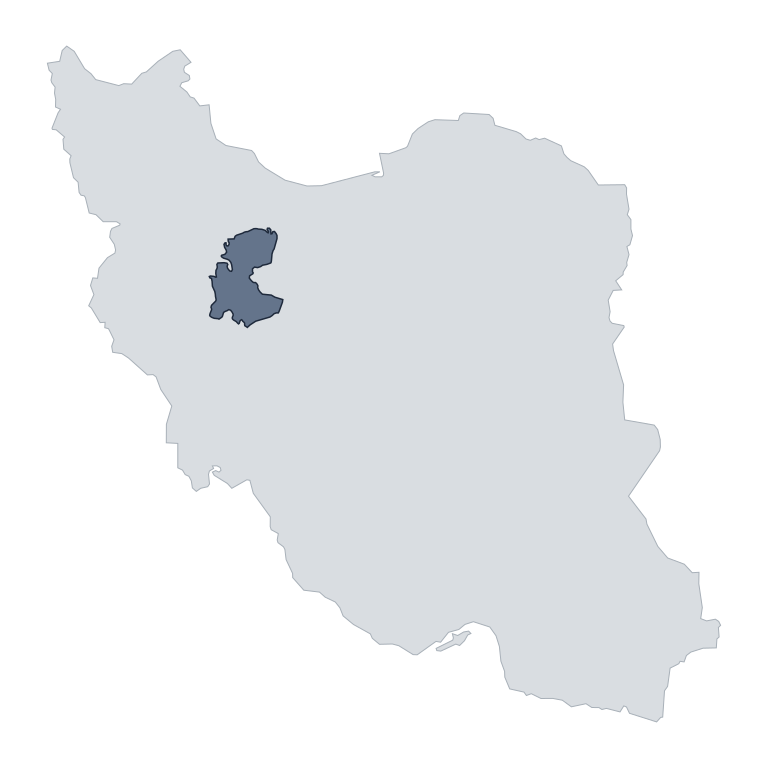 Markazi highlighted on a map of Iran
{"feature_id": "IRN-3231", "entity_name": "Markazi", "entity_type": "Province", "adm_level": 1, "iso_a3": "IRN", "parent_name": "Iran", "parent_adm1": "", "projection": "equal_earth", "projection_center": [49.809, 34.588], "detail": "fine", "context": "in_parent", "style": "filled", "palette": "slate", "viewbox_px": 768, "rotation_deg": 0, "n_neighbors": 0, "source": "natural_earth", "source_scale": "10m", "svg_char_len": 5734}
<svg xmlns="http://www.w3.org/2000/svg" viewBox="0 0 768 768"><path d="M379.5,153.3L388.9,153.8L405.9,147.7L407.5,146.3L412.4,134.0L418.2,128.4L428.3,121.8L434.9,119.7L458.3,120.5L459.9,115.6L463.7,113.0L489.1,114.5L493.1,118.3L494.9,125.3L516.2,131.6L520.6,133.8L526.0,139.0L530.3,140.3L535.7,138.0L539.1,139.6L544.6,138.2L561.4,145.9L563.9,153.8L567.0,157.4L570.8,160.7L584.2,166.8L588.2,170.4L598.3,185.0L624.7,184.7L626.6,187.9L626.5,194.2L629.0,209.2L627.3,214.7L630.9,219.6L630.9,229.0L632.5,235.6L629.9,244.7L626.9,246.5L629.0,254.6L626.7,262.5L627.1,265.5L623.2,272.1L623.1,274.6L615.7,280.8L621.7,289.9L613.2,290.4L608.2,300.1L610.1,311.7L609.0,317.6L610.0,321.0L612.2,323.3L623.8,325.6L624.2,327.1L612.6,344.0L613.5,350.6L623.6,384.9L622.9,402.2L624.7,419.9L654.2,425.1L657.7,429.6L660.2,439.5L660.4,447.0L659.6,450.7L628.5,496.2L646.0,519.0L646.9,524.1L657.8,546.4L667.7,558.0L684.3,564.2L692.2,572.7L699.0,572.3L698.8,583.7L702.3,607.6L700.7,618.6L706.6,620.9L715.4,619.2L718.7,621.4L720.6,625.3L718.4,627.5L719.1,637.0L716.9,639.0L716.3,647.9L703.0,648.2L690.8,652.1L686.4,655.5L684.1,661.9L680.0,661.3L678.8,663.7L670.1,668.1L667.6,686.4L664.5,690.8L662.7,717.1L660.7,717.4L656.6,721.9L629.5,713.3L626.5,707.0L623.8,705.9L620.0,711.9L606.4,708.4L601.9,709.5L599.0,707.6L591.8,707.5L586.0,703.7L571.4,706.8L562.3,700.2L552.7,698.4L541.0,698.5L531.3,693.7L526.4,695.5L524.0,692.1L509.7,688.9L504.8,677.1L504.6,671.3L500.9,661.2L499.4,646.5L496.0,635.7L489.8,627.0L473.4,621.7L465.0,624.4L458.8,629.5L448.5,632.3L440.6,642.2L436.0,641.4L417.2,654.8L413.1,654.6L398.8,645.7L392.4,644.0L379.5,644.3L372.3,638.3L370.4,633.9L353.5,624.5L343.1,615.9L339.9,607.8L335.3,602.0L325.2,597.2L319.5,592.1L303.8,590.2L292.7,577.6L292.6,573.4L286.1,559.6L284.9,549.5L283.5,546.8L278.0,542.7L277.2,540.0L278.3,533.6L271.2,529.7L270.2,526.6L270.3,516.8L253.3,493.3L249.9,480.3L246.8,479.8L231.8,488.3L227.4,483.5L214.2,475.3L212.4,472.1L215.7,470.6L219.0,472.1L221.0,470.3L220.2,467.5L216.9,465.8L212.4,465.9L213.6,468.5L209.4,471.0L208.5,474.3L209.5,484.0L207.7,486.7L200.7,488.3L196.3,491.4L192.4,487.9L191.3,480.8L188.9,476.3L185.2,474.6L182.5,470.1L177.8,467.8L177.8,443.4L166.3,442.8L166.4,424.3L171.8,406.0L160.8,389.5L156.1,376.9L153.1,374.6L147.4,374.9L128.5,358.0L121.8,353.6L112.7,352.3L111.7,346.3L114.0,339.8L109.8,331.2L108.5,328.7L104.8,327.7L105.1,322.3L100.2,322.6L91.3,307.9L88.7,305.8L93.9,294.6L90.5,285.5L92.8,277.9L97.5,278.3L99.0,268.1L107.5,257.6L114.9,253.1L115.6,250.0L114.3,244.3L109.7,237.3L110.5,231.3L112.0,228.4L119.7,225.2L120.1,223.9L116.5,221.7L103.2,221.7L96.0,214.7L89.2,213.0L85.4,197.6L84.2,195.8L81.0,195.2L79.1,192.4L78.1,182.2L73.5,177.7L69.9,162.7L69.8,159.0L71.1,155.7L63.8,149.2L63.0,139.3L64.6,137.0L56.2,129.8L52.4,129.4L52.0,128.2L58.1,112.8L60.5,109.3L55.5,107.0L55.7,99.4L54.5,93.1L55.1,87.1L51.8,82.7L51.0,80.1L52.3,73.5L49.1,70.2L47.4,63.2L59.7,61.3L62.2,50.5L66.7,46.1L74.2,51.3L84.6,68.7L91.0,73.7L95.7,79.6L118.8,85.6L123.7,83.7L131.7,84.1L141.8,73.3L146.4,71.9L158.2,61.2L172.8,51.3L180.2,49.8L191.0,62.3L184.8,66.1L183.7,69.2L184.4,72.3L189.3,75.5L189.9,79.0L188.2,80.8L181.8,82.7L179.9,86.3L186.9,92.0L190.2,96.9L194.0,98.1L199.8,105.9L209.1,104.8L210.9,123.4L216.1,138.9L225.9,145.5L251.6,150.5L254.4,153.5L258.6,162.0L265.2,168.1L285.1,180.2L307.0,186.0L321.5,185.7L374.9,171.8L379.9,171.8L371.9,175.3L375.0,176.8L381.8,176.8L383.4,175.4L383.6,173.1L379.5,153.3ZM467.7,635.0L464.5,640.7L459.6,645.5L455.8,644.1L440.8,651.1L436.8,650.6L436.1,648.4L452.7,640.2L453.4,638.0L452.4,633.7L457.7,635.5L463.6,632.0L468.6,631.1L470.9,633.5L467.7,635.0Z" fill="#d9dde1" stroke="#a8b0b8" stroke-width="1"/><path d="M282.8,299.6L282.4,302.3L279.2,311.1L278.3,312.9L276.3,312.9L274.1,313.7L272.2,315.5L270.0,317.0L255.7,321.2L250.2,324.8L247.3,327.4L247.0,327.1L244.8,325.7L244.6,324.4L244.6,323.1L243.9,322.2L242.8,321.3L242.2,320.2L241.5,319.7L240.2,320.6L239.6,322.1L239.3,323.3L238.5,323.9L237.5,323.0L236.3,321.6L233.7,320.1L232.6,319.1L232.2,318.0L232.6,316.6L233.2,315.3L233.1,314.1L232.2,312.3L230.7,310.3L228.8,309.6L227.1,310.7L225.2,311.4L223.6,312.4L222.4,316.4L221.8,317.2L219.0,319.1L218.1,318.7L214.2,318.3L211.9,317.4L210.2,316.3L209.7,315.3L209.9,314.2L210.2,313.2L211.6,309.7L211.5,308.6L211.0,307.4L211.3,305.9L211.8,305.0L215.4,301.4L216.0,300.5L216.1,299.4L215.5,296.5L215.3,294.0L214.8,291.5L212.4,286.2L212.1,281.4L211.5,278.5L209.8,277.8L209.3,276.5L210.5,276.0L214.1,276.4L215.6,277.2L216.4,277.0L215.8,273.5L216.0,270.3L216.9,268.7L217.3,267.1L216.9,264.4L217.8,263.0L224.0,262.7L227.0,263.2L227.8,264.5L227.1,266.2L227.6,268.3L228.9,270.0L230.0,271.1L231.5,271.3L232.4,269.5L231.6,264.6L230.8,262.3L229.1,260.2L227.4,259.3L223.7,258.2L222.2,257.3L221.4,256.5L221.3,255.8L221.9,255.1L223.0,254.9L224.9,254.3L226.6,252.2L226.2,250.1L224.6,247.3L224.0,244.3L225.1,242.8L226.0,242.8L226.1,243.6L226.0,244.7L226.7,245.8L227.9,246.0L229.0,244.6L229.2,242.9L228.4,241.7L228.1,240.1L228.1,239.1L234.1,238.9L235.1,236.3L236.6,235.2L242.6,233.2L244.3,232.2L246.2,231.7L247.8,231.6L253.9,228.7L255.9,228.6L257.0,228.7L258.4,229.1L261.9,229.3L265.2,230.4L267.2,232.3L268.1,232.8L268.4,232.2L268.4,231.4L267.1,229.4L267.5,228.2L269.4,228.2L270.8,229.9L270.8,232.4L271.0,233.9L272.0,233.7L272.9,231.6L274.5,231.5L276.1,233.6L277.0,235.5L277.0,238.6L274.1,249.0L273.1,250.5L272.0,254.0L271.4,261.0L271.0,262.7L270.4,263.1L266.8,264.4L262.6,265.2L260.6,266.6L257.6,267.6L254.5,267.1L252.5,268.8L252.5,271.8L253.2,272.9L252.8,273.8L249.6,275.8L249.3,278.1L251.2,280.5L252.7,282.0L253.9,282.6L255.3,282.5L256.3,283.2L257.3,284.5L257.9,285.8L257.7,287.7L258.6,289.9L260.2,292.1L262.4,294.2L271.3,295.1L274.9,297.2L282.8,299.6Z" fill="#64748b" stroke="#1e293b" stroke-width="1.5"/></svg>